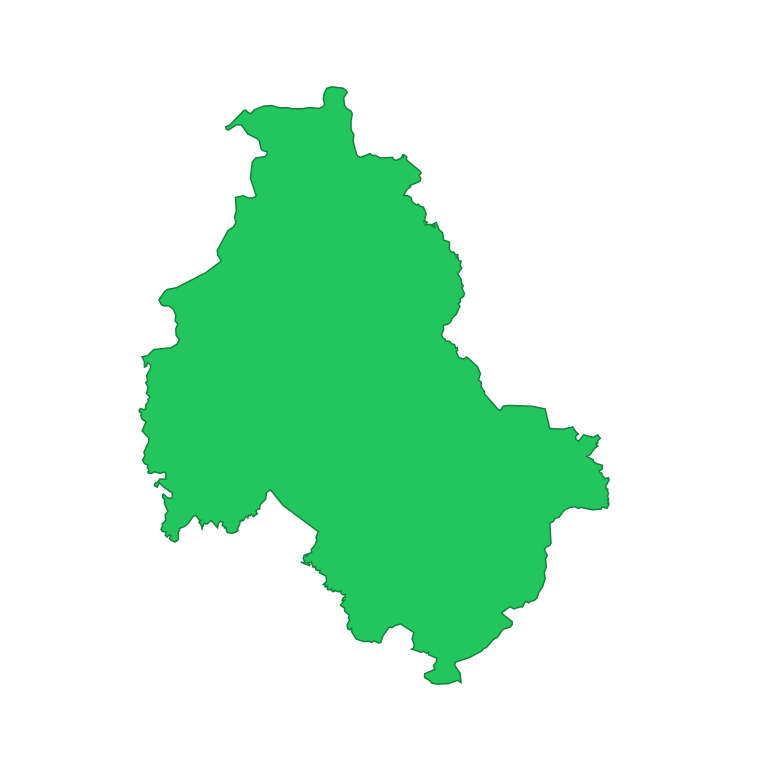 Yahualica de González Gallo, Jalisco, Mexico, rotated 206°
{"feature_id": "50627088B73068630585578", "entity_name": "Yahualica de González Gallo", "entity_type": "district", "adm_level": 2, "iso_a3": "MEX", "parent_name": "Mexico", "parent_adm1": "Jalisco", "projection": "orthographic", "projection_center": [-102.91, 21.123], "detail": "fine", "context": "isolated", "style": "filled", "palette": "green", "viewbox_px": 768, "rotation_deg": 206, "n_neighbors": 0, "source": "geoboundaries", "source_scale": "gbopen_adm2", "svg_char_len": 6171}
<svg xmlns="http://www.w3.org/2000/svg" viewBox="0 0 768 768"><g transform="rotate(206 384 384)"><path d="M497.5,585.0L504.5,577.4L507.2,577.3L509.5,578.5L518.0,588.4L520.5,594.9L525.0,598.0L528.9,605.8L530.9,612.8L533.2,614.8L538.6,615.5L541.6,617.1L545.7,623.5L544.9,629.9L546.3,631.2L550.6,631.9L561.4,628.1L565.1,624.6L565.2,619.6L563.7,614.1L559.9,609.2L560.2,607.0L563.4,603.1L572.9,599.5L577.8,595.8L586.8,591.3L592.5,589.8L599.2,586.3L606.9,585.1L614.0,581.0L620.8,573.5L622.0,568.8L625.2,568.4L628.3,569.5L629.8,568.6L636.2,548.8L639.0,546.0L637.7,544.0L635.2,544.0L630.3,552.2L625.9,554.3L615.6,548.9L605.6,549.0L602.4,547.5L597.3,541.3L595.6,540.6L590.9,541.5L589.9,539.7L590.4,536.4L598.4,530.9L599.6,525.7L594.3,510.4L581.8,497.6L581.5,496.3L584.0,493.3L587.0,491.8L593.4,491.3L599.2,486.5L592.5,474.6L591.4,468.4L587.8,464.1L588.2,459.4L591.5,453.3L592.4,430.9L589.9,426.9L584.9,423.8L584.7,422.1L593.2,405.6L612.6,379.7L620.3,373.9L621.7,370.7L623.2,360.9L618.7,357.6L615.9,357.8L611.4,360.0L606.3,358.9L601.2,354.5L599.5,349.3L595.6,347.3L595.3,342.2L592.2,336.7L587.3,334.1L587.6,329.0L591.3,323.2L606.1,314.0L608.8,306.0L613.4,302.4L609.4,299.3L606.7,294.2L605.2,296.0L605.9,299.6L602.1,298.8L600.9,296.0L600.8,286.8L598.0,283.6L598.7,280.5L594.5,277.8L593.4,271.5L588.3,269.5L589.4,266.7L588.1,265.1L588.9,261.4L587.4,256.9L588.6,255.6L592.3,255.2L592.5,252.6L591.3,251.6L589.5,251.9L588.7,249.0L585.7,246.1L581.2,245.9L580.9,235.8L571.5,232.2L570.1,228.6L569.9,217.3L567.4,215.0L567.6,209.6L564.5,207.5L560.9,207.6L560.1,205.2L557.1,203.0L557.7,201.3L556.6,200.6L553.7,201.9L551.8,204.5L546.0,205.5L543.1,208.5L540.6,208.0L538.7,202.8L543.8,200.2L544.5,196.8L546.2,194.7L545.9,192.0L542.7,191.8L542.6,196.8L536.9,194.8L526.6,193.2L524.5,189.5L525.1,188.0L528.7,186.8L533.9,188.5L534.2,187.1L533.3,185.0L530.7,184.1L528.8,180.2L522.4,174.8L523.4,170.5L520.3,165.6L522.1,161.0L521.0,160.1L520.6,155.5L518.8,154.2L514.9,155.4L514.3,152.2L511.9,151.3L511.1,154.0L509.3,154.6L509.1,151.0L507.2,150.3L502.7,150.3L501.2,152.4L500.9,154.7L504.2,160.9L503.5,162.8L504.4,164.6L500.9,168.5L498.8,172.8L497.7,180.9L495.8,183.5L490.0,180.6L488.8,181.1L489.8,178.6L486.9,177.4L484.1,174.3L485.0,179.8L481.8,180.4L479.5,185.6L470.6,181.8L471.8,186.1L470.9,189.0L468.0,189.0L467.4,185.9L464.9,185.9L464.2,184.6L463.1,185.9L460.9,182.6L459.3,181.9L455.1,183.2L452.1,186.1L451.0,188.6L452.2,189.0L452.3,195.2L453.5,198.3L451.7,198.4L451.9,199.6L450.5,199.8L450.1,204.4L447.7,204.0L448.3,206.8L446.7,206.7L446.2,208.8L443.2,207.5L441.0,211.8L443.4,213.7L442.8,215.8L441.0,217.0L442.4,221.3L439.9,228.5L442.0,235.3L439.5,239.1L421.7,230.7L378.2,222.5L377.9,216.3L376.0,214.3L375.7,212.1L375.5,208.3L376.9,203.5L375.1,200.8L377.4,198.6L377.7,195.9L378.7,197.2L379.4,195.0L380.1,195.7L380.7,194.8L380.2,191.9L376.6,188.8L380.7,187.4L371.5,188.0L371.3,189.5L374.0,190.0L371.4,192.3L367.3,188.1L365.4,189.9L364.0,187.3L361.4,187.4L359.5,188.8L359.4,186.0L352.1,186.0L349.0,181.5L350.6,177.3L349.0,178.1L348.5,176.0L347.5,175.9L346.4,177.8L344.8,174.5L342.1,175.4L341.7,176.7L339.4,174.9L337.8,175.7L338.3,176.6L333.4,177.4L332.0,178.9L330.8,177.0L328.1,176.6L326.6,178.0L325.5,175.6L327.0,173.8L326.8,171.0L324.8,172.4L326.1,166.0L321.5,165.4L319.7,162.6L313.8,160.8L313.2,157.7L311.5,157.1L311.5,151.1L309.3,148.0L307.3,148.0L306.1,150.2L304.8,147.4L297.1,142.6L288.9,143.7L284.8,146.2L282.0,146.3L280.0,148.8L275.5,148.8L273.6,150.2L274.5,157.5L272.8,167.5L269.7,168.8L268.4,171.5L263.9,175.6L248.2,173.7L247.0,167.2L242.3,162.8L241.7,159.2L242.9,157.9L233.3,159.1L230.9,161.2L227.8,160.4L225.9,163.3L226.1,161.7L224.8,160.2L216.3,160.7L215.1,156.9L216.2,152.7L213.2,149.8L220.4,141.4L219.1,138.2L217.9,137.8L212.7,137.5L210.2,136.1L204.9,137.4L194.8,142.9L187.9,150.0L183.9,149.4L188.7,157.3L197.1,162.0L197.9,165.4L187.6,175.3L179.5,186.1L178.2,190.2L176.5,191.8L173.7,202.3L171.1,206.0L169.5,215.8L164.0,220.9L163.3,224.1L164.7,226.7L174.6,228.7L177.9,229.9L177.6,230.7L173.0,239.3L168.7,238.7L163.9,243.5L161.8,244.2L161.4,251.0L158.1,250.6L156.7,253.5L154.2,255.0L152.7,258.7L153.5,264.2L152.6,271.4L153.9,279.9L157.3,284.9L158.0,291.1L162.1,297.2L162.0,301.3L167.3,305.5L166.9,308.2L164.1,312.0L164.1,314.1L174.0,331.6L171.8,334.3L171.3,338.1L168.3,341.1L166.7,349.5L162.8,354.5L158.6,357.4L154.6,357.4L152.9,359.4L141.3,362.4L133.9,366.8L134.2,368.9L129.0,370.1L129.1,374.9L130.6,375.0L130.5,376.7L132.1,377.5L131.5,378.6L133.8,381.1L134.5,384.5L136.5,385.8L136.5,387.4L138.9,387.7L139.9,389.7L139.6,396.5L141.5,398.1L143.8,395.7L148.1,397.7L148.9,399.2L151.4,399.3L152.6,400.4L150.6,402.8L152.1,406.7L157.8,405.7L161.2,406.0L163.0,407.7L170.2,407.7L167.7,411.0L166.6,418.1L164.6,421.9L166.5,422.1L167.3,423.4L165.9,424.0L167.1,426.8L165.8,430.0L169.8,431.9L172.4,427.8L182.3,425.9L184.1,417.7L187.4,418.5L188.8,421.4L187.3,424.3L190.6,425.1L195.5,428.1L202.9,422.1L215.5,416.6L228.3,432.2L241.1,428.9L262.1,419.6L267.1,416.5L267.6,411.3L270.0,411.1L289.4,419.1L290.5,421.3L295.4,424.0L297.5,428.4L300.8,429.0L301.9,435.6L307.5,440.5L321.4,444.6L323.5,441.2L328.4,440.6L333.3,444.7L332.6,446.5L334.2,448.8L335.3,447.6L337.9,450.4L340.3,449.7L344.0,451.0L347.6,449.5L349.1,451.3L351.2,451.1L354.0,453.6L354.2,458.7L356.4,462.8L352.7,465.8L351.3,469.2L351.5,473.6L349.6,478.3L349.9,487.1L352.2,488.5L351.4,491.7L353.0,494.1L350.9,497.4L351.3,500.6L356.2,504.5L355.7,506.7L358.3,508.3L360.6,511.9L366.1,515.2L364.9,522.3L367.8,524.1L368.4,528.2L371.3,527.6L372.9,530.1L374.4,529.5L373.7,531.4L374.5,532.6L376.8,531.4L377.9,532.7L379.7,533.1L380.7,531.9L384.1,533.5L387.4,540.2L393.6,539.6L397.7,545.7L402.0,546.8L408.0,552.1L410.4,548.7L407.8,548.7L407.0,546.7L412.5,547.8L416.6,545.2L416.0,548.3L417.8,548.6L419.1,547.3L420.6,555.3L426.1,560.2L429.6,559.7L431.9,560.7L433.4,559.2L435.6,559.4L439.2,560.5L441.0,563.2L445.2,563.7L449.0,562.0L448.7,568.7L446.5,572.9L447.8,573.7L440.5,581.9L441.1,584.9L443.8,586.9L443.2,590.0L445.0,591.1L461.9,595.2L463.1,598.0L466.5,598.9L466.3,596.9L468.0,598.5L467.3,596.5L468.0,593.9L471.1,590.3L473.6,589.9L475.6,591.5L486.3,585.5L491.8,585.8L494.9,584.2L497.5,585.0Z" fill="#22c55e" stroke="#15803d" stroke-width="1.5"/></g></svg>